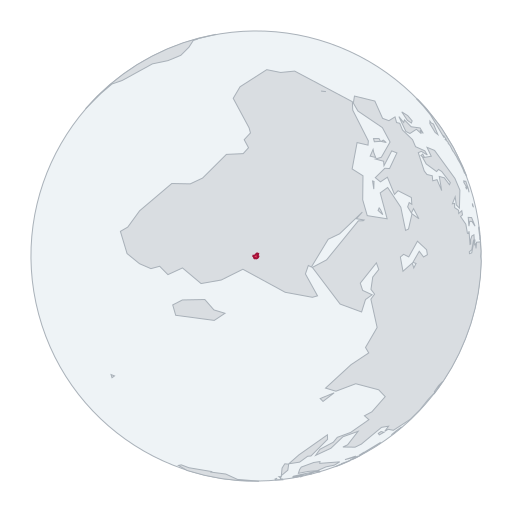 globe centered on Central, rotated 75°
{"feature_id": "KEN-1195", "entity_name": "Central", "entity_type": "Province", "adm_level": 1, "iso_a3": "KEN", "parent_name": "Kenya", "parent_adm1": "", "projection": "orthographic", "projection_center": [36.807, -0.59], "detail": "fine", "context": "on_globe", "style": "filled", "palette": "rose", "viewbox_px": 512, "rotation_deg": 75, "n_neighbors": 0, "source": "natural_earth", "source_scale": "10m", "svg_char_len": 7381}
<svg xmlns="http://www.w3.org/2000/svg" viewBox="0 0 512 512"><g transform="rotate(75 256 256)"><circle cx="256" cy="256" r="225" fill="#eef3f6" stroke="#a8b0b8"/><path d="M31.5,237.3L31.4,239.4L31.2,249.0L30.9,255.0L31.4,256.7L31.5,260.7L37.0,266.8L42.7,276.7L44.5,290.5L43.6,306.3L51.8,339.7L52.6,350.6L58.9,363.9L69.6,382.5L60.6,368.1L52.7,353.0L46.0,337.4L40.4,321.4L36.1,304.9L33.0,288.2L31.2,271.3L30.7,254.3L31.5,237.3ZM435.5,119.8L433.1,116.9L429.6,112.5L430.4,114.4L425.5,108.2L428.5,113.3L433.2,118.8L434.3,118.9L439.1,126.8L447.0,137.5L453.7,149.3L459.9,168.4L457.6,173.2L458.7,177.1L454.7,172.0L454.0,179.1L465.0,203.0L466.3,209.8L463.0,221.5L462.1,216.4L451.8,202.8L453.1,218.8L461.1,233.4L464.0,250.0L459.2,244.2L455.9,229.6L452.2,224.4L450.9,210.2L443.3,189.3L438.4,192.6L436.5,184.4L425.3,167.6L417.0,172.1L405.2,192.7L407.3,213.8L401.6,223.0L385.5,192.2L378.8,172.2L372.7,173.9L356.4,157.5L327.4,156.2L323.5,151.3L318.0,153.6L306.6,148.7L300.8,140.9L293.8,141.5L309.2,162.3L316.8,161.9L323.5,153.9L326.4,161.5L337.4,168.5L324.2,187.2L281.6,204.5L278.0,188.8L248.5,148.0L249.7,143.5L249.6,143.1L249.2,142.2L246.0,149.4L241.1,141.9L256.2,169.5L258.5,181.9L281.0,205.4L278.7,207.9L286.1,212.9L310.4,206.9L310.5,212.2L298.6,237.2L265.4,272.1L270.2,295.8L268.4,316.2L248.5,330.1L251.2,345.9L241.0,351.7L241.0,360.8L233.3,370.5L220.3,379.9L197.1,380.6L194.9,372.4L182.2,356.7L164.2,318.6L169.3,300.9L166.9,287.4L150.2,258.3L153.8,241.9L149.5,235.2L140.6,237.3L135.7,229.5L130.4,229.5L97.8,237.2L88.4,227.6L78.8,197.4L85.1,184.7L87.4,170.8L131.9,123.0L140.2,124.8L173.9,117.7L177.9,119.1L172.6,129.0L196.8,140.6L206.2,131.9L229.4,138.4L245.8,138.1L254.0,119.7L227.2,119.7L223.9,111.1L246.4,103.5L270.0,104.9L269.4,101.7L255.6,94.4L262.2,89.0L251.0,91.6L254.7,94.8L247.8,96.8L244.0,94.2L246.4,92.1L239.7,90.8L229.7,101.9L232.4,106.3L213.9,108.7L216.6,116.6L211.2,120.5L204.6,108.8L206.1,104.4L192.9,93.2L189.6,97.7L201.9,109.0L197.5,108.2L193.2,115.6L193.1,109.4L180.6,97.0L164.7,100.7L142.4,120.0L133.5,122.4L127.0,119.5L137.1,101.1L155.8,98.1L159.7,92.6L157.6,85.7L163.5,85.7L165.0,82.8L172.2,81.9L184.1,74.7L191.7,73.6L198.1,65.7L202.8,64.4L197.7,69.2L198.2,72.5L217.4,71.5L221.5,69.8L224.1,65.0L229.1,65.8L229.1,61.4L240.9,59.7L226.6,58.4L229.2,53.9L237.2,50.7L235.5,49.3L222.5,54.7L219.6,57.3L221.2,59.7L211.1,67.8L204.2,69.5L205.0,60.9L195.3,62.7L200.2,56.2L232.5,43.8L245.1,42.0L262.4,47.1L258.5,49.3L250.4,48.3L256.4,52.8L256.6,50.6L260.7,51.6L264.3,48.5L267.4,49.2L265.5,45.5L269.7,45.9L270.8,48.2L279.6,45.1L288.8,45.9L289.3,45.0L287.2,43.8L300.2,46.3L300.0,45.5L295.7,44.4L292.5,42.3L291.9,40.0L296.4,40.9L297.2,41.9L305.7,45.9L307.2,48.9L309.0,49.2L308.8,46.8L298.4,41.8L296.8,40.2L302.3,42.2L300.2,41.4L300.8,40.9L305.6,41.5L299.8,39.4L300.4,35.7L309.7,37.4L314.6,39.1L319.1,39.7L334.3,44.7L349.0,50.8L363.3,57.9L377.1,66.0L390.2,75.1L402.7,85.0L414.4,95.8L425.4,107.5L435.5,119.8ZM115.3,145.9L113.8,150.0L113.7,150.0L115.3,145.9ZM294.3,116.8L308.8,118.0L303.3,106.9L308.4,106.7L304.6,103.3L302.8,106.1L293.7,97.1L300.3,94.4L299.1,90.1L294.1,89.6L283.5,96.2L296.4,108.7L292.6,113.0L294.3,116.8ZM165.9,70.2L167.8,71.5L164.1,74.7L154.5,77.9L159.7,73.1L165.9,70.2ZM171.3,72.7L174.8,64.4L180.9,62.7L176.9,65.0L180.6,64.7L175.1,68.3L177.5,75.6L174.5,79.0L158.3,81.9L165.3,78.8L163.0,77.4L171.3,72.7ZM172.9,52.3L174.5,50.4L185.8,48.9L183.0,51.0L173.2,53.8L170.7,53.1L172.9,52.3ZM176.5,45.2L178.8,44.4L178.5,44.5L181.1,43.5L202.4,37.2L224.1,33.0L223.7,33.1L227.3,32.6L232.3,32.0L231.9,32.4L227.5,32.7L230.3,33.1L223.8,33.8L224.5,33.8L219.3,34.8L214.3,36.2L211.6,36.6L210.8,37.0L207.3,37.9L205.3,38.8L199.7,39.9L196.9,41.2L195.9,41.0L192.4,43.0L192.5,42.1L188.0,43.7L190.3,43.7L165.0,50.9L154.3,55.7L145.3,60.5L146.7,59.1L156.0,54.1L158.0,53.1L176.5,45.2ZM183.3,115.3L186.5,115.5L191.8,114.9L189.1,119.9L183.3,115.3ZM174.4,106.8L177.5,106.0L176.3,112.1L173.0,112.1L174.4,106.8ZM180.1,100.8L177.7,105.5L177.0,103.0L180.1,100.8ZM200.7,68.6L204.0,67.8L204.0,68.9L201.7,70.7L200.7,68.6ZM238.7,36.2L236.7,35.7L238.0,35.4L238.0,34.0L242.8,33.7L244.6,34.5L238.7,36.2ZM248.9,122.8L243.6,126.3L241.4,124.6L243.6,123.7L248.9,122.8ZM214.5,122.7L221.9,124.9L213.7,124.0L214.5,122.7ZM243.9,35.6L243.4,35.0L246.1,35.3L243.9,35.6ZM246.3,33.5L249.6,33.7L243.4,33.6L246.3,33.5ZM335.2,423.7L336.3,426.6L333.0,426.7L335.2,423.7ZM307.4,313.0L292.5,348.9L281.7,349.1L279.4,338.5L284.8,316.7L297.2,310.6L303.3,300.8L307.4,313.0ZM476.1,293.1L476.6,294.8L476.4,295.8L476.1,293.1ZM475.6,288.7L476.7,289.8L475.1,291.0L475.6,288.7ZM477.0,290.2L478.0,289.0L478.5,287.6L478.2,289.7L477.0,290.2ZM474.7,288.4L467.6,285.7L464.2,282.0L465.5,278.3L471.1,280.7L474.7,288.4ZM465.2,278.1L459.2,266.0L447.2,233.3L451.6,234.3L463.4,254.7L462.8,257.9L466.4,267.2L465.2,278.1ZM477.6,261.4L476.9,271.3L473.5,269.1L471.6,266.9L470.4,253.7L471.1,247.4L472.8,248.1L476.5,228.4L478.3,234.5L477.8,242.9L479.2,252.1L477.6,261.4ZM408.4,215.9L413.8,228.9L410.3,230.9L408.4,215.9ZM475.8,214.5L475.7,222.8L475.1,211.3L475.8,214.5ZM474.1,203.5L475.2,208.2L473.7,203.3L474.1,203.5ZM460.7,183.2L459.0,183.8L457.9,180.6L459.4,178.1L460.7,183.2ZM458.8,159.6L462.7,168.5L463.8,171.5L461.1,165.7L458.8,159.6ZM283.9,36.7L278.5,38.5L277.8,40.6L282.3,42.6L273.6,41.0L274.7,37.8L283.9,36.7ZM297.9,35.5L293.8,34.4L297.0,34.9L298.4,35.2L297.9,35.5ZM294.4,34.8L286.7,33.7L285.4,33.2L291.7,34.1L294.4,34.8ZM265.2,33.3L263.3,33.8L261.2,33.4L265.2,33.3ZM445.4,378.0L438.2,385.1L438.4,382.2L443.1,375.7L452.7,354.7L453.1,355.4L458.8,341.6L467.0,331.7L474.3,311.3L474.1,312.3L468.9,329.6L462.4,346.3L454.5,362.5L445.4,378.0ZM478.7,289.7L477.3,295.9L478.8,289.0L478.9,288.9L478.7,289.7ZM480.8,270.8L480.9,268.5L480.9,268.3L480.8,270.8ZM479.8,254.8L480.0,261.3L480.9,258.3L480.2,263.3L480.1,274.2L479.6,277.9L479.9,266.1L478.8,277.4L478.4,276.8L478.8,266.7L479.6,255.1L480.0,250.6L481.1,250.4L479.8,254.8ZM480.1,234.0L478.8,225.2L478.7,227.6L478.0,217.8L479.5,227.8L480.1,234.0ZM477.4,215.7L477.4,217.8L476.7,212.0L477.4,215.7ZM476.8,215.0L475.6,209.4L476.2,210.6L476.8,215.0ZM477.6,216.3L475.8,207.0L477.1,212.8L477.6,216.3ZM472.5,197.0L475.7,207.0L473.5,201.8L468.4,184.3L469.0,184.4L472.5,197.0Z" fill="#d9dde1" stroke="#a8b0b8" stroke-width="1"/><path d="M257.1,253.6L258.0,254.3L258.4,255.4L258.5,255.4L258.5,255.7L258.5,255.8L258.6,256.0L258.6,256.4L258.6,256.5L258.1,256.8L258.0,256.7L257.9,256.7L257.7,256.7L257.7,257.0L257.9,257.2L257.9,257.3L258.0,257.5L258.2,257.8L258.0,258.0L257.9,257.9L257.7,257.9L257.5,258.0L257.4,258.1L257.5,258.2L257.4,258.3L257.3,258.5L257.2,258.5L257.2,258.4L257.0,258.5L256.9,258.5L256.8,258.4L256.7,258.4L256.6,258.2L256.4,258.3L256.2,258.3L255.9,258.3L255.8,258.5L255.7,258.5L255.5,258.8L255.4,258.7L254.8,258.6L254.9,258.1L255.0,258.1L255.1,257.9L255.1,257.7L255.0,257.4L254.9,256.9L254.9,256.7L254.9,256.3L254.9,256.2L254.7,256.1L254.4,256.0L254.4,255.9L254.4,255.7L254.3,255.4L254.2,255.3L254.1,255.2L253.9,255.2L253.6,254.8L253.6,254.7L253.7,254.4L253.7,254.2L253.8,253.9L253.8,253.7L254.1,253.5L254.2,253.4L254.3,253.5L254.4,253.4L254.6,253.3L254.6,253.2L254.8,253.3L254.9,253.5L255.0,253.5L255.3,253.6L255.0,253.9L254.9,254.0L255.0,254.0L255.4,254.2L255.5,254.3L255.6,254.2L255.9,254.2L256.0,254.2L256.2,254.3L256.2,254.5L256.3,254.8L256.5,254.8L256.7,254.7L256.8,254.7L256.9,254.3L256.8,254.2L256.9,253.9L257.0,253.8L257.1,253.6Z" fill="#f43f5e" stroke="#9f1239" stroke-width="1.5"/></g></svg>